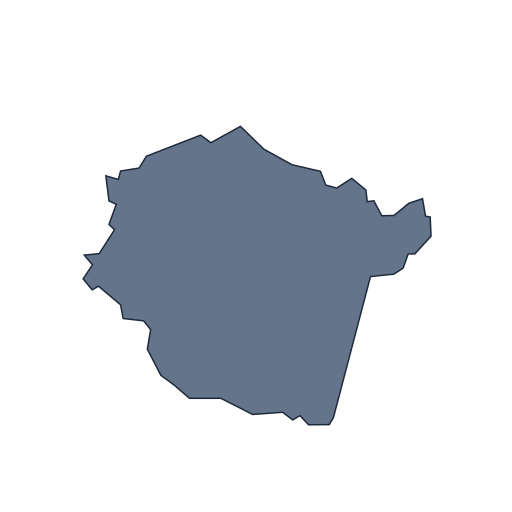 outline of Ritchie, West Virginia, United States of America, rotated 41°
{"feature_id": "52423323B94765650307580", "entity_name": "Ritchie", "entity_type": "district", "adm_level": 2, "iso_a3": "USA", "parent_name": "United States of America", "parent_adm1": "West Virginia", "projection": "natural_earth1", "projection_center": [-81.069, 39.199], "detail": "fine", "context": "isolated", "style": "filled", "palette": "slate", "viewbox_px": 512, "rotation_deg": 41, "n_neighbors": 0, "source": "geoboundaries", "source_scale": "gbopen_adm2", "svg_char_len": 840}
<svg xmlns="http://www.w3.org/2000/svg" viewBox="0 0 512 512"><g transform="rotate(41 256 256)"><path d="M420.5,327.3L355.9,196.4L371.9,179.3L375.0,168.6L369.5,154.6L374.5,150.2L375.1,126.2L361.9,112.3L357.8,114.7L344.1,103.5L336.8,115.8L333.5,134.9L324.5,143.1L308.7,137.0L304.3,142.0L295.7,134.1L277.3,134.6L272.3,151.8L262.1,156.7L249.1,149.8L223.3,163.5L192.0,170.2L159.2,168.4L147.6,200.1L134.9,201.1L107.8,252.6L110.1,266.3L98.0,280.7L101.9,288.5L90.1,294.0L108.9,310.9L116.6,308.6L124.3,328.6L132.0,329.0L136.1,357.1L125.8,368.0L138.4,370.0L140.5,386.7L154.6,389.0L156.9,382.1L185.8,381.7L196.8,390.3L213.7,378.7L224.8,380.7L235.1,397.6L262.6,408.5L279.3,407.1L299.1,407.1L322.8,386.5L357.4,377.8L378.6,356.5L391.3,355.6L393.9,347.6L406.4,348.9L421.9,335.2L420.5,327.3Z" fill="#64748b" stroke="#1e293b" stroke-width="1.5"/></g></svg>